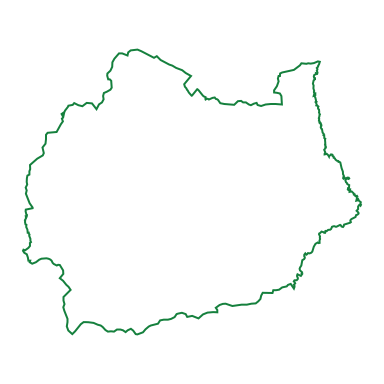 outline of Kono, Eastern, Sierra Leone
{"feature_id": "65957751B39294828597109", "entity_name": "Kono", "entity_type": "district", "adm_level": 2, "iso_a3": "SLE", "parent_name": "Sierra Leone", "parent_adm1": "Eastern", "projection": "orthographic", "projection_center": [-10.815, 8.706], "detail": "fine", "context": "isolated", "style": "outline", "palette": "green", "viewbox_px": 384, "rotation_deg": 0, "n_neighbors": 0, "source": "geoboundaries", "source_scale": "gbopen_adm2", "svg_char_len": 5907}
<svg xmlns="http://www.w3.org/2000/svg" viewBox="0 0 384 384"><path d="M290.7,283.9L293.9,288.6L294.5,286.9L294.5,285.8L293.9,284.7L295.2,283.4L294.7,282.4L293.8,281.4L294.5,280.3L296.7,280.2L297.7,279.2L297.9,278.1L297.1,276.4L297.1,275.2L297.5,274.3L300.9,275.9L302.2,274.0L301.6,273.6L302.1,272.3L300.0,270.4L299.6,268.8L300.1,267.4L301.3,265.6L302.3,260.2L304.1,259.1L304.7,258.2L304.8,257.2L304.2,256.2L304.3,254.7L305.3,253.4L306.3,254.7L307.0,254.3L308.0,253.1L309.6,253.4L311.3,252.7L312.3,251.6L313.8,246.7L315.5,243.8L317.7,242.5L318.6,243.1L319.6,242.9L319.5,240.5L320.1,239.0L319.8,237.9L320.0,236.4L319.0,234.2L319.2,233.5L320.3,232.9L321.5,231.6L323.3,232.1L324.2,232.8L325.1,232.8L325.3,231.1L325.7,230.9L326.6,231.2L328.1,229.9L330.2,229.7L331.1,229.0L332.0,226.8L333.4,226.3L334.3,226.2L335.9,226.8L336.5,226.7L340.1,224.9L340.8,225.3L341.5,226.5L343.0,227.0L343.6,226.3L344.1,224.6L350.2,222.7L350.9,222.1L350.3,220.9L350.5,220.1L351.4,219.1L355.5,217.0L356.1,215.1L357.4,214.7L358.5,213.7L358.6,213.1L358.0,212.1L356.6,210.8L358.1,209.1L358.1,206.6L359.0,205.2L359.6,204.7L360.5,205.7L361.0,204.8L360.4,204.1L360.8,202.2L359.0,200.8L358.2,199.2L357.2,200.5L356.3,200.7L356.9,198.4L356.7,197.0L357.3,196.4L356.9,195.8L355.9,196.2L355.2,195.9L354.6,194.3L353.8,194.5L353.6,193.3L351.6,191.4L349.5,191.9L349.5,191.0L350.0,190.4L350.1,189.5L348.4,190.0L347.8,189.5L348.1,188.0L348.9,187.9L349.0,187.6L349.2,185.1L347.3,184.1L346.9,183.0L346.0,182.2L345.4,180.4L346.0,179.1L347.3,178.6L348.6,179.0L349.2,178.4L348.7,177.7L347.4,177.6L345.9,178.5L345.2,178.3L344.7,177.7L343.9,178.0L343.6,178.7L343.2,178.4L343.3,177.1L343.9,176.5L343.9,176.0L343.0,174.1L342.9,171.7L341.6,168.2L340.3,162.5L339.3,161.8L338.5,161.9L338.2,161.0L336.8,160.7L335.4,159.5L334.9,158.4L333.6,157.7L333.7,156.6L332.6,156.0L332.6,155.0L332.2,154.6L331.0,154.4L330.5,155.2L329.2,155.7L329.0,156.6L328.2,155.2L326.8,153.9L324.6,154.4L324.6,153.8L325.3,152.4L324.2,149.8L325.8,147.7L325.4,147.2L325.8,146.7L325.2,145.7L325.5,145.0L325.0,144.3L325.3,143.4L325.0,139.5L325.3,138.8L324.3,138.1L324.2,135.2L323.5,135.1L323.7,133.9L322.6,132.6L322.0,129.1L321.3,128.7L320.7,127.1L321.1,126.4L321.0,125.6L321.4,125.5L321.4,125.1L320.6,123.0L320.2,122.9L320.0,123.3L319.4,122.7L319.7,121.4L318.9,120.8L319.2,118.7L318.8,118.2L319.5,115.9L319.4,115.1L319.9,114.5L319.0,112.5L319.2,111.6L319.0,109.6L318.1,108.7L318.0,107.4L318.4,106.5L317.5,105.8L316.5,105.5L316.9,105.0L316.2,103.6L316.3,102.6L315.7,102.1L316.3,101.7L315.9,101.4L316.0,100.4L315.3,97.5L314.3,95.7L313.7,95.9L313.9,95.1L315.3,95.0L315.3,93.3L314.3,93.4L314.0,92.7L313.9,91.8L314.2,91.0L313.4,88.3L313.6,85.5L312.9,83.7L313.6,80.5L314.0,80.2L314.4,79.3L315.0,79.2L315.0,78.1L314.1,77.7L313.8,76.3L314.4,74.8L316.3,74.1L316.1,73.3L317.2,73.7L317.5,72.6L316.8,70.6L317.4,69.6L317.3,68.7L316.8,68.0L318.1,66.6L318.1,65.8L319.0,64.4L319.8,61.8L317.9,61.4L313.9,63.1L310.7,63.6L308.2,63.3L306.4,63.8L301.4,63.3L299.9,65.4L293.9,69.9L282.1,72.5L280.1,73.5L279.9,76.0L278.6,76.0L277.9,78.6L278.6,81.4L276.9,86.2L274.1,90.3L274.1,92.5L276.9,92.8L279.9,93.5L281.4,96.1L281.9,104.5L275.6,104.0L270.8,104.0L265.6,104.5L261.1,106.0L257.6,105.0L256.6,102.9L253.8,103.7L250.9,105.2L248.9,104.5L245.9,102.4L243.1,102.4L241.1,100.9L237.9,101.2L234.2,104.8L224.3,104.0L220.3,103.2L218.0,99.9L217.2,99.3L215.8,98.9L214.7,97.5L212.5,97.9L208.9,99.5L208.2,99.0L206.9,98.7L205.6,99.5L205.4,99.0L205.6,97.2L203.6,96.3L202.7,95.4L198.7,90.4L197.4,89.2L197.2,89.2L192.0,95.6L191.6,95.7L188.8,92.5L187.6,90.3L186.9,89.7L186.5,88.5L184.9,86.7L184.2,84.2L191.0,76.0L185.7,73.0L182.2,70.2L176.1,67.9L172.3,65.6L169.3,64.6L160.6,60.0L156.8,56.2L154.0,57.8L141.3,51.2L137.5,49.6L130.7,50.4L128.2,52.4L127.5,55.5L122.2,53.4L119.0,53.4L114.4,58.7L112.4,62.3L112.2,66.9L110.4,70.7L107.4,73.5L107.2,75.7L108.2,79.3L109.7,79.3L111.2,80.8L111.7,87.7L110.4,89.7L106.9,91.7L103.9,93.0L103.1,96.0L103.6,99.3L102.0,102.4L99.0,104.4L96.5,109.2L92.0,103.4L86.7,102.9L82.4,106.2L78.4,105.2L74.2,103.1L72.7,104.9L68.4,105.7L67.9,106.9L65.1,110.5L64.4,112.0L61.6,114.0L62.4,115.5L63.9,114.0L63.1,117.6L61.9,118.6L62.9,121.4L60.9,124.2L56.6,132.0L47.6,132.8L46.0,134.8L46.0,139.1L45.5,143.7L42.5,147.5L43.8,153.1L42.8,155.4L37.2,158.7L30.0,165.0L30.2,169.1L29.4,171.3L29.4,174.6L27.4,175.6L26.9,178.2L26.7,182.0L27.2,184.5L25.7,187.6L26.7,190.4L25.9,193.7L29.6,203.2L32.6,207.5L32.6,208.2L25.8,209.6L25.6,211.2L26.3,214.3L27.0,215.0L26.7,216.5L25.8,216.3L26.0,218.3L24.9,220.2L25.2,220.7L25.0,222.0L25.5,224.4L26.4,224.8L26.2,227.0L27.4,229.6L27.7,232.7L28.7,232.6L28.9,233.8L29.5,234.5L29.2,235.8L30.4,238.8L30.4,240.8L31.0,242.1L29.9,243.0L30.0,245.9L28.4,247.9L25.1,250.3L23.5,249.7L23.0,250.8L24.3,252.8L26.8,254.3L27.9,257.6L28.4,260.7L30.2,260.7L29.7,262.2L32.2,263.7L36.0,262.2L39.2,259.7L41.5,258.7L46.5,258.3L48.7,258.8L50.4,259.6L51.6,260.7L52.6,262.8L53.8,264.0L56.8,265.5L58.1,264.8L59.8,265.0L63.1,270.4L63.3,273.9L59.8,278.2L63.1,280.8L66.3,284.8L68.6,286.9L70.6,289.9L63.5,297.0L63.5,300.6L64.5,304.1L63.3,307.2L64.3,310.7L67.5,318.8L67.5,322.1L66.8,326.4L68.3,330.5L72.3,334.1L75.1,331.3L80.8,324.2L83.6,322.1L88.1,322.2L93.6,322.9L97.7,324.7L100.7,325.5L102.7,327.0L105.4,330.0L107.9,331.6L111.0,331.3L114.0,331.6L117.0,329.5L120.3,329.5L123.0,330.3L125.6,332.1L127.7,330.3L130.9,328.8L133.2,330.6L135.7,334.1L137.4,334.4L143.0,332.3L145.5,329.3L148.8,326.5L150.8,325.5L158.0,323.7L160.1,320.4L163.6,319.7L167.8,319.7L171.1,318.9L174.6,317.1L176.6,314.1L178.1,313.6L181.9,312.8L185.7,314.1L187.2,316.9L192.2,315.9L198.5,318.4L203.0,314.4L207.5,312.6L213.3,312.1L217.3,312.3L217.3,310.0L215.8,307.8L219.6,305.0L222.8,303.9L225.6,303.7L232.4,306.0L241.4,304.7L246.7,304.7L251.4,303.7L255.7,303.4L258.2,301.4L260.4,299.0L261.2,295.6L262.7,292.8L272.5,293.0L273.3,290.2L276.0,290.2L279.1,289.7L282.2,287.4L286.7,286.4L288.0,284.9L290.7,283.9Z" fill="none" stroke="#15803d" stroke-width="2"/></svg>